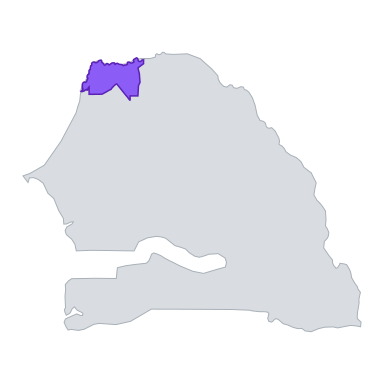 Dagana, Saint-Louis, Senegal shown in context
{"feature_id": "50182788B94177495754038", "entity_name": "Dagana", "entity_type": "district", "adm_level": 2, "iso_a3": "SEN", "parent_name": "Senegal", "parent_adm1": "Saint-Louis", "projection": "natural_earth1", "projection_center": [-16.074, 16.26], "detail": "fine", "context": "in_parent", "style": "filled", "palette": "violet", "viewbox_px": 384, "rotation_deg": 0, "n_neighbors": 0, "source": "geoboundaries", "source_scale": "gbopen_adm2", "svg_char_len": 7104}
<svg xmlns="http://www.w3.org/2000/svg" viewBox="0 0 384 384"><path d="M311.0,172.4L316.2,182.8L315.1,187.7L313.9,194.9L316.9,200.2L320.3,203.6L322.8,206.8L325.5,211.1L326.0,219.8L325.5,226.0L327.3,228.8L328.8,232.4L328.5,235.4L327.5,238.0L324.3,241.5L323.7,247.9L329.1,255.8L332.5,260.0L332.5,262.5L333.5,265.2L336.0,268.3L337.6,267.6L339.3,265.0L340.0,263.3L344.6,264.0L346.8,264.8L349.8,270.0L350.9,273.4L351.6,277.6L354.7,283.0L357.4,286.8L358.0,289.1L360.4,292.3L358.9,299.4L359.1,303.0L357.5,312.5L357.2,317.0L357.3,318.6L361.0,322.0L360.6,326.8L356.9,326.0L350.5,325.4L337.6,327.9L333.2,326.9L324.7,327.2L318.7,328.6L311.1,331.7L305.1,330.9L301.9,328.5L297.7,328.6L292.9,327.3L287.8,325.0L283.2,323.7L278.2,319.4L275.9,318.6L274.2,319.7L272.9,321.2L271.4,322.1L268.7,321.3L267.7,318.3L268.5,315.5L268.8,313.3L267.5,312.1L264.4,311.7L259.5,311.7L251.6,310.8L249.7,310.2L232.0,309.5L213.5,309.4L197.9,309.3L178.2,309.2L164.3,309.2L151.4,309.1L141.4,315.0L130.6,321.3L116.0,324.6L99.3,323.4L93.9,324.3L88.4,327.1L84.3,329.2L78.5,330.4L71.1,329.4L68.1,330.0L66.2,327.1L64.1,322.4L65.4,319.0L70.0,316.8L76.8,313.9L80.4,315.4L82.5,315.5L82.9,313.6L82.2,312.7L77.0,310.1L74.4,306.8L72.2,308.8L70.2,312.8L68.7,314.0L66.3,315.2L65.0,312.4L64.4,309.7L65.5,307.7L65.0,296.1L65.6,289.9L65.3,284.5L68.5,280.9L71.6,278.7L83.5,278.5L94.7,278.3L105.4,278.4L116.3,278.5L117.4,267.7L120.8,266.9L126.0,265.7L135.6,264.4L146.4,263.2L148.7,261.0L150.4,257.4L151.6,254.2L153.8,252.9L156.8,253.9L160.7,255.6L164.8,258.2L169.5,260.7L172.6,262.2L180.1,266.0L192.9,271.3L203.5,273.4L216.2,269.6L225.4,267.1L226.5,262.4L225.0,257.9L218.2,253.7L208.9,254.2L206.0,255.3L201.7,256.7L199.1,257.2L194.7,256.2L189.1,252.6L185.6,249.0L180.7,247.3L174.9,245.6L165.6,238.2L160.7,236.8L156.1,236.4L147.3,237.9L138.6,241.9L134.1,250.9L125.5,250.8L107.1,250.5L90.2,250.3L76.3,250.9L74.9,244.3L71.6,239.1L66.3,234.6L65.1,230.5L66.9,226.9L72.1,223.9L73.3,221.8L70.6,222.1L66.5,224.0L63.8,224.1L63.4,218.4L58.9,211.0L53.8,198.5L48.0,193.4L43.2,183.2L38.1,179.4L33.4,177.6L29.5,177.9L28.0,182.5L23.0,175.9L29.8,173.5L44.3,165.2L61.0,141.3L76.0,113.0L77.9,106.3L79.7,101.2L80.9,89.7L83.1,82.8L85.1,81.5L87.6,76.2L90.7,66.9L94.1,61.8L98.0,60.8L101.0,61.2L103.1,63.1L109.4,64.3L119.8,64.8L127.9,63.4L133.6,60.2L141.1,58.5L150.3,58.5L155.2,57.1L155.7,54.5L156.9,53.7L158.8,54.7L160.6,54.3L162.3,52.4L164.0,52.3L165.7,53.9L173.5,54.4L187.3,53.8L200.1,58.6L211.8,69.0L217.9,75.9L218.3,79.4L220.2,82.9L223.7,86.4L226.9,87.1L229.8,84.8L232.1,85.1L233.8,87.8L237.1,88.3L240.9,86.7L243.5,87.2L244.0,88.8L244.6,89.7L246.4,90.1L248.8,92.1L252.3,97.6L255.1,105.3L257.2,115.2L260.1,120.5L263.6,121.4L265.6,123.4L266.0,125.8L267.0,127.4L268.7,128.3L271.7,127.7L275.2,131.1L278.9,138.3L279.6,141.6L279.0,143.3L279.2,144.6L281.7,145.8L284.0,148.2L286.0,151.7L290.1,154.9L296.5,157.7L301.1,161.8L303.9,167.3L309.8,171.9L311.0,172.4Z" fill="#d9dde1" stroke="#a8b0b8" stroke-width="1"/><path d="M143.6,59.9L143.4,60.0L143.1,60.0L142.6,59.9L142.3,59.9L142.1,59.9L142.0,60.0L141.6,60.6L141.2,60.9L140.5,61.4L140.2,61.5L139.7,61.4L139.6,61.5L139.4,61.4L139.2,61.4L138.9,61.3L138.7,61.1L138.4,60.9L138.4,60.7L138.2,60.6L138.2,60.4L138.1,59.9L138.0,59.7L137.9,59.0L137.8,58.9L137.5,58.5L137.3,58.3L137.0,58.0L136.8,57.9L136.5,57.9L136.2,57.9L136.0,58.0L135.8,58.2L135.5,58.6L134.2,59.1L134.0,59.3L133.8,59.4L133.6,59.6L133.6,59.9L133.4,60.3L133.4,60.6L133.4,60.9L133.5,61.1L133.9,61.7L134.0,61.9L134.0,62.0L133.9,62.2L133.6,62.4L133.1,62.5L132.5,62.8L132.2,62.9L131.9,63.0L131.6,63.0L131.3,63.1L131.1,63.1L130.5,62.9L130.3,62.8L129.8,62.5L129.7,62.4L129.4,62.2L129.2,62.0L128.9,62.1L128.6,62.1L128.0,62.1L127.6,62.3L127.4,62.5L127.3,62.8L127.3,63.1L127.6,63.7L127.6,63.9L127.5,64.0L127.4,64.2L127.3,64.3L127.0,64.6L126.9,64.7L126.5,64.8L125.9,64.9L125.3,65.1L124.4,65.1L124.0,65.2L123.8,65.4L123.7,65.5L123.3,65.6L123.2,65.6L122.6,65.1L122.4,65.0L122.2,64.8L121.8,64.6L121.5,64.5L120.8,64.4L120.0,64.5L119.7,64.3L119.1,64.2L118.8,64.1L118.1,63.7L117.8,63.5L117.7,63.4L117.2,63.3L116.9,63.4L116.4,63.5L115.3,64.3L115.0,64.4L114.9,64.4L114.8,64.1L114.8,63.5L114.8,63.2L114.7,63.1L114.3,62.9L114.0,62.9L113.6,62.8L113.4,62.8L113.0,62.8L112.3,63.0L111.9,63.0L111.3,63.4L111.0,63.6L110.8,63.7L110.7,63.8L110.4,64.1L110.1,64.4L109.6,64.7L109.3,64.8L109.2,64.9L108.8,64.8L108.7,64.7L108.6,64.3L108.2,64.1L107.9,63.9L107.6,63.7L107.4,63.6L107.2,63.6L106.9,63.5L106.2,64.1L105.7,64.7L105.4,64.9L105.1,65.0L104.9,65.1L104.6,65.1L104.4,65.1L104.2,65.0L104.1,64.9L103.8,64.3L103.5,63.9L103.3,63.6L103.0,63.2L102.8,63.0L102.5,62.8L102.1,62.6L101.9,62.4L101.7,62.2L101.7,61.6L101.8,61.5L101.8,61.4L101.8,61.2L101.7,60.8L101.6,60.6L101.3,60.2L101.1,60.2L100.9,60.1L100.5,60.2L100.4,60.2L100.0,60.3L99.9,60.4L99.7,60.4L99.4,60.4L98.8,60.7L98.7,60.8L98.3,61.3L98.1,61.6L97.8,61.9L97.6,62.1L97.2,62.2L97.1,62.3L97.0,62.5L96.9,62.6L96.7,62.6L96.3,62.6L96.0,62.7L95.8,62.7L95.4,62.7L95.2,62.6L94.6,62.3L94.5,62.2L93.8,62.0L93.7,62.0L93.3,62.1L93.0,62.2L92.5,62.4L92.2,62.6L92.0,62.8L91.9,63.0L91.7,63.4L91.6,63.6L91.6,63.9L91.7,64.6L91.7,64.8L91.7,65.1L91.6,65.3L91.5,65.5L91.4,65.5L91.2,65.6L90.9,65.7L90.8,65.8L90.6,66.0L90.5,66.7L90.3,67.8L90.3,68.3L90.3,68.9L90.3,69.3L90.3,69.5L90.1,69.8L89.9,69.9L89.6,69.8L89.3,70.0L89.1,70.4L89.0,70.9L89.0,71.4L89.0,72.0L89.0,72.7L89.1,73.2L89.1,73.3L89.1,73.6L88.8,73.9L88.8,74.0L88.7,74.1L88.4,74.4L88.2,74.6L88.1,74.4L88.0,74.5L87.9,74.6L87.7,74.8L87.6,75.2L87.5,75.3L87.4,75.4L87.3,75.5L87.2,75.7L87.2,75.9L87.1,76.3L87.1,76.8L87.1,77.0L87.3,77.4L87.5,77.5L87.7,77.9L87.9,78.4L87.8,78.7L87.7,78.8L87.6,79.0L87.3,79.3L87.2,79.5L87.0,79.8L87.0,80.0L86.9,80.7L86.8,81.1L86.7,81.3L86.3,81.9L86.1,82.0L85.7,82.4L85.4,82.4L85.2,82.4L85.0,82.2L84.9,82.1L84.7,82.0L84.4,82.0L84.1,82.1L83.9,82.2L83.7,82.3L83.4,82.4L83.3,82.5L83.2,82.7L83.1,82.8L83.0,83.0L82.9,83.2L82.8,83.3L82.7,83.5L82.5,83.8L82.4,84.1L82.3,84.3L82.3,84.7L82.3,84.9L82.3,85.0L82.3,85.3L82.3,85.5L82.4,85.8L82.4,86.0L82.3,86.4L82.4,87.1L82.4,87.3L82.5,87.3L82.5,87.5L82.3,88.0L82.3,88.4L82.4,88.5L82.6,88.7L82.8,88.8L83.0,89.0L83.0,89.3L82.9,89.4L82.8,89.5L82.5,89.7L82.4,89.8L82.2,90.1L82.1,90.4L82.1,90.5L81.7,90.8L81.5,91.0L81.3,91.5L81.2,91.5L81.3,91.6L81.8,91.7L82.1,91.6L82.5,91.6L82.8,91.3L82.9,91.1L83.1,91.1L83.4,91.1L83.6,91.2L83.9,91.0L84.1,90.8L84.5,90.8L84.7,90.7L84.9,90.5L84.9,90.3L85.5,89.9L85.7,89.7L85.9,89.6L86.1,89.6L86.4,89.6L86.7,89.4L87.0,89.2L87.4,89.2L87.4,89.4L87.2,89.5L87.3,89.8L87.2,90.1L87.4,90.1L87.5,90.1L87.8,89.9L87.9,89.7L88.0,89.4L88.2,89.0L88.3,88.1L88.3,87.7L89.1,86.9L89.1,88.2L89.1,91.9L89.1,93.4L89.1,94.3L89.5,94.3L91.4,94.3L93.1,94.3L102.0,94.2L102.6,93.9L104.1,93.1L107.2,91.4L107.3,91.3L108.2,90.8L109.3,90.1L110.2,89.8L111.1,89.3L111.6,88.4L114.1,85.7L115.3,84.7L116.3,84.0L116.6,83.9L116.8,84.0L125.7,95.1L126.4,95.9L127.2,96.8L128.0,97.9L129.0,99.2L130.0,100.4L130.1,100.6L130.1,98.7L130.1,98.1L130.1,97.8L130.1,97.5L130.1,95.9L137.9,95.9L138.5,85.6L140.0,82.4L139.4,74.1L139.3,73.4L139.1,72.6L138.4,69.8L138.0,67.9L140.7,65.8L143.6,63.7L143.5,62.5L143.6,61.1L143.6,59.9Z" fill="#8b5cf6" stroke="#5b21b6" stroke-width="1.5"/></svg>